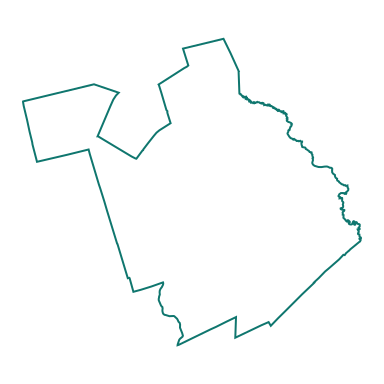 Cosmesti, Teleorman, Romania
{"feature_id": "2599482B87533780865564", "entity_name": "Cosmesti", "entity_type": "district", "adm_level": 2, "iso_a3": "ROU", "parent_name": "Romania", "parent_adm1": "Teleorman", "projection": "equal_earth", "projection_center": [25.395, 44.317], "detail": "fine", "context": "isolated", "style": "outline", "palette": "teal", "viewbox_px": 384, "rotation_deg": 0, "n_neighbors": 0, "source": "geoboundaries", "source_scale": "gbopen_adm2", "svg_char_len": 5993}
<svg xmlns="http://www.w3.org/2000/svg" viewBox="0 0 384 384"><path d="M94.0,84.3L23.1,101.4L23.0,101.8L23.7,105.9L27.1,120.1L29.6,131.8L32.2,142.3L32.5,144.5L37.0,161.8L67.5,154.7L88.6,149.5L89.8,154.1L98.9,184.5L100.2,188.3L104.3,201.4L107.0,210.6L117.1,243.6L117.3,243.7L117.5,244.1L127.8,278.2L129.2,277.8L129.5,278.0L129.7,278.5L133.4,291.8L140.8,289.8L151.4,286.5L163.0,282.4L163.2,283.0L163.2,283.9L162.9,285.0L161.8,287.2L160.6,288.7L159.8,290.5L159.6,292.1L159.8,294.6L159.1,296.6L159.0,297.6L158.7,299.1L158.8,300.4L160.9,305.3L161.7,306.5L162.3,306.9L162.6,308.2L162.4,310.5L162.5,311.5L162.9,313.1L163.6,314.2L164.8,314.9L165.6,315.0L169.5,316.2L173.4,316.0L174.3,316.2L177.1,318.8L178.0,320.5L178.4,321.6L179.7,322.9L180.1,324.6L180.0,327.7L182.2,333.2L182.9,335.7L182.5,336.7L179.9,338.9L179.2,339.9L177.7,344.4L177.6,345.2L178.8,344.8L210.5,329.4L216.0,326.9L226.4,321.7L236.0,317.1L235.3,337.7L261.5,325.2L268.6,322.1L270.8,325.8L278.2,318.1L284.8,311.6L302.0,294.4L313.8,283.2L314.3,282.7L314.0,282.5L314.9,281.6L318.7,278.1L325.2,271.4L328.1,269.0L339.1,259.4L343.4,254.8L344.7,255.1L346.1,253.1L349.5,250.2L350.2,249.4L359.6,241.7L360.0,241.5L360.6,240.3L360.6,239.6L359.6,239.2L359.5,238.9L360.9,238.4L361.0,238.1L360.9,237.7L360.6,237.3L359.6,236.8L359.5,236.3L359.5,235.2L359.4,234.5L358.2,234.2L358.0,233.7L358.1,233.0L358.6,232.4L358.8,231.8L357.8,229.7L359.1,229.7L359.7,229.0L359.6,228.7L358.7,228.5L358.4,228.1L358.5,227.7L359.3,227.0L359.7,226.4L359.7,224.6L359.3,224.2L357.6,223.8L357.3,223.4L356.7,222.3L356.2,222.1L355.8,222.2L355.5,222.7L355.3,224.5L354.9,224.8L354.4,224.7L354.1,224.4L354.1,224.1L354.6,223.2L354.7,222.2L354.4,221.5L353.7,221.2L353.4,221.3L352.9,222.0L352.3,223.7L352.0,224.2L351.7,224.4L350.8,224.5L349.7,224.3L349.2,224.1L348.8,223.3L349.0,222.9L349.8,222.2L349.8,221.8L349.6,221.5L348.4,220.4L347.9,220.2L347.6,220.3L347.7,221.2L347.6,221.5L347.4,221.7L346.9,221.6L345.7,220.5L345.2,219.5L344.6,219.1L344.3,218.6L343.4,217.8L343.6,215.1L342.7,214.7L342.9,214.1L342.6,212.5L342.8,212.0L344.1,210.9L344.3,210.5L344.3,210.0L343.8,209.8L342.2,209.7L340.9,209.2L340.6,208.8L340.7,208.3L342.4,207.8L343.1,207.0L343.2,205.9L342.8,204.5L343.2,203.4L343.3,202.3L343.0,201.9L342.5,201.5L342.2,201.1L342.1,200.4L342.2,198.8L342.1,198.0L341.8,197.9L340.5,198.4L339.7,198.4L339.8,198.2L340.3,197.5L340.3,197.3L340.2,197.1L338.9,196.7L338.5,196.2L338.5,195.9L339.5,194.0L340.0,193.8L340.8,193.1L342.4,193.0L343.0,193.2L344.1,193.0L344.3,193.1L344.6,193.9L344.8,193.9L345.0,193.5L346.0,193.9L346.3,193.4L346.0,192.7L346.0,192.3L347.0,191.6L348.2,190.2L348.3,189.5L348.3,188.6L347.6,187.6L347.7,187.0L347.4,186.5L347.4,185.5L345.9,185.9L345.3,185.6L345.0,185.1L343.9,185.3L343.4,185.0L342.8,184.4L341.6,184.2L340.3,183.0L339.2,182.3L339.0,181.6L338.7,181.3L337.3,180.5L337.0,179.6L337.1,178.7L335.8,177.9L335.4,177.3L334.9,175.9L335.0,175.2L334.9,174.9L333.1,173.7L332.2,172.4L332.1,171.7L332.2,170.8L332.0,170.1L332.3,169.0L331.9,168.2L330.9,167.7L330.0,167.8L327.7,166.7L326.8,166.5L324.6,166.6L321.3,167.1L318.5,167.0L314.5,165.8L312.9,164.5L312.3,163.2L312.3,162.5L313.0,160.0L312.8,159.1L312.5,158.3L313.1,157.9L313.1,157.5L312.3,155.7L312.4,154.6L311.5,153.5L311.6,152.4L311.4,152.3L310.8,152.4L310.5,152.1L309.6,152.0L308.8,150.8L307.7,150.2L306.9,149.5L305.8,149.0L305.7,148.3L305.2,147.6L302.5,147.1L302.1,146.8L302.1,146.0L301.7,145.2L301.4,143.6L301.5,143.1L302.1,142.1L302.1,141.5L300.9,141.5L300.2,140.8L298.9,141.3L298.4,140.9L296.8,141.0L296.5,140.5L295.9,140.4L295.3,139.7L293.9,139.7L294.1,139.1L294.0,138.9L292.6,139.1L291.9,138.5L290.5,138.1L290.3,137.6L289.4,136.8L287.6,133.9L287.5,133.5L287.7,132.8L288.3,131.8L288.3,130.6L288.6,130.1L289.4,130.1L289.7,129.8L289.7,128.8L290.2,127.6L290.5,126.7L290.9,126.6L291.4,125.9L291.6,125.3L291.3,124.6L291.9,124.0L291.5,123.4L290.9,122.9L289.4,122.2L288.4,122.0L286.9,120.9L286.8,120.5L287.2,120.0L287.5,119.2L287.3,118.9L286.7,118.7L286.7,118.4L286.9,118.2L287.4,118.2L287.5,117.9L286.1,115.8L286.1,115.2L286.5,114.8L286.6,114.5L285.8,114.3L286.0,113.7L285.5,113.5L285.2,112.9L284.8,112.9L284.2,113.4L283.6,113.4L283.7,112.0L283.4,111.1L283.2,111.1L282.8,111.7L282.7,112.3L281.7,112.2L281.7,111.5L281.5,111.3L280.9,111.5L280.4,111.4L279.2,110.1L279.0,110.3L278.8,110.9L278.0,111.0L277.9,110.7L278.2,110.4L278.0,109.7L277.7,109.7L277.4,110.1L276.9,110.1L276.2,108.9L275.5,109.1L275.3,108.9L274.8,108.4L274.7,107.8L274.5,107.7L274.2,107.6L273.7,108.1L273.2,108.0L273.0,107.8L273.2,107.2L273.0,106.9L272.3,106.7L271.5,106.0L270.8,106.2L269.9,105.9L269.9,104.9L269.6,104.6L269.4,104.7L269.4,105.4L269.2,105.6L268.8,105.5L268.7,104.9L268.1,104.5L267.9,104.8L268.3,105.3L268.1,105.5L267.1,105.5L266.6,105.1L265.9,105.1L265.5,104.8L264.2,105.1L264.2,104.4L263.7,104.0L263.5,103.2L263.3,103.1L263.0,103.0L262.6,103.7L262.0,103.7L261.8,103.5L261.9,103.1L261.8,102.9L261.2,103.0L260.9,103.3L260.7,103.3L260.0,103.0L259.6,102.5L258.8,102.2L257.6,102.3L257.2,101.9L255.4,103.0L255.1,103.0L254.6,102.3L254.4,102.4L254.1,103.2L253.8,103.1L253.5,102.5L253.0,103.0L252.6,102.6L251.2,102.7L251.3,102.1L251.2,101.7L250.3,101.9L249.7,101.7L250.2,101.1L250.1,100.6L249.9,100.6L249.5,101.1L249.1,101.0L249.1,100.7L249.5,100.3L249.2,99.8L248.6,99.9L248.1,99.2L247.2,99.5L246.8,99.4L246.7,99.0L247.0,98.5L247.0,98.2L246.0,98.6L246.2,97.7L246.1,96.7L245.6,96.8L245.5,97.4L244.9,97.7L244.6,97.6L244.9,97.1L244.4,96.8L244.2,96.9L243.9,97.5L243.3,97.4L242.8,96.9L243.0,96.1L242.9,96.0L242.0,95.9L241.5,95.0L240.4,94.5L240.2,94.2L240.3,93.9L239.5,93.7L239.4,93.4L238.6,71.5L238.8,71.4L230.5,53.1L223.5,38.8L183.0,48.6L188.3,65.5L186.7,66.8L184.2,68.1L158.6,84.5L158.9,85.0L161.4,93.0L166.4,110.0L167.4,111.2L167.3,112.5L167.7,114.0L170.6,123.2L159.4,130.3L156.5,132.7L153.8,135.9L148.2,143.0L143.4,149.3L143.1,149.8L143.1,150.2L142.4,150.6L136.4,158.7L135.5,158.5L131.6,156.5L104.1,140.0L98.0,136.3L97.6,136.3L110.3,106.3L113.3,99.6L116.0,95.5L118.7,92.7L94.0,84.3Z" fill="none" stroke="#0f766e" stroke-width="2"/></svg>